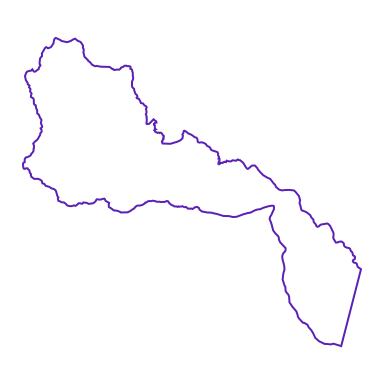 Funes, Nariño, Colombia
{"feature_id": "7082276B86870454083257", "entity_name": "Funes", "entity_type": "district", "adm_level": 2, "iso_a3": "COL", "parent_name": "Colombia", "parent_adm1": "Nariño", "projection": "mercator", "projection_center": [-77.378, 0.9], "detail": "fine", "context": "isolated", "style": "outline", "palette": "violet", "viewbox_px": 384, "rotation_deg": 0, "n_neighbors": 0, "source": "geoboundaries", "source_scale": "gbopen_adm2", "svg_char_len": 5858}
<svg xmlns="http://www.w3.org/2000/svg" viewBox="0 0 384 384"><path d="M23.0,163.9L23.1,166.1L23.6,168.4L24.3,168.9L26.9,168.2L27.6,168.4L28.2,169.4L29.4,170.4L29.9,172.8L31.0,174.1L30.8,175.2L31.3,176.7L34.2,178.9L37.6,178.8L40.1,179.6L41.9,181.1L42.3,183.3L44.3,183.9L45.6,185.8L49.4,186.9L51.7,188.5L53.6,188.9L55.0,189.8L55.9,190.8L57.5,196.4L58.4,197.4L57.8,198.8L58.4,200.8L59.4,201.1L62.0,202.4L63.9,202.4L66.0,204.0L67.1,205.4L69.4,206.1L71.5,206.1L74.2,205.4L75.5,205.9L77.6,204.4L78.4,203.4L79.7,203.2L81.9,203.8L82.3,203.7L83.3,202.5L86.4,202.8L88.9,203.9L93.4,203.2L95.5,201.4L96.4,199.7L97.1,199.2L98.6,199.6L100.8,199.5L104.1,198.6L104.6,198.8L105.6,200.9L109.1,202.8L108.7,204.7L108.9,207.0L111.5,208.6L113.0,209.8L114.2,210.5L116.6,210.6L119.7,211.7L120.9,212.5L127.6,212.3L129.8,211.3L133.6,208.7L134.3,208.5L134.8,207.4L136.7,205.9L138.1,205.5L140.4,205.5L142.6,204.8L145.2,203.1L145.3,202.6L146.7,202.3L147.8,201.4L149.3,201.0L150.8,201.2L152.7,200.7L155.2,201.1L155.9,201.5L157.5,201.8L159.6,201.7L160.5,202.0L164.7,201.9L166.9,201.0L168.2,201.4L169.2,203.1L171.6,205.1L173.3,205.6L174.2,206.4L176.8,206.5L177.6,206.9L178.5,206.4L179.1,206.7L181.5,206.5L182.3,206.2L184.4,207.2L186.0,207.0L188.1,208.7L191.5,208.6L192.6,209.0L195.0,207.3L197.2,206.9L199.0,208.1L199.4,209.5L202.0,211.5L207.4,212.5L212.1,212.7L213.0,213.2L216.3,213.8L223.6,216.0L229.0,216.1L232.8,217.0L236.6,216.8L243.0,214.4L247.5,213.1L250.5,212.6L255.2,210.2L257.5,209.5L260.2,209.2L263.3,207.8L268.7,206.2L271.7,205.7L272.9,205.7L273.9,206.2L274.0,209.0L271.5,214.6L270.0,217.1L269.6,219.0L271.3,223.3L273.2,230.5L275.2,233.2L278.2,236.2L278.7,237.4L279.0,239.8L280.3,242.5L285.6,248.1L285.6,249.9L285.2,251.1L283.0,253.7L282.2,256.5L282.6,259.6L284.2,265.6L284.5,269.6L283.4,273.2L282.6,279.4L284.7,286.0L285.4,286.9L285.6,291.0L286.3,292.2L288.4,294.7L289.1,296.6L289.5,302.4L292.4,306.7L296.3,311.3L297.5,314.6L297.9,316.7L299.1,318.6L303.0,322.8L304.1,322.8L307.5,324.8L308.8,327.5L310.9,329.7L312.9,332.7L315.3,337.9L319.0,341.2L324.8,344.0L326.2,343.9L330.7,344.4L333.5,343.7L341.2,346.1L361.0,269.2L357.7,266.9L356.6,263.5L355.8,263.0L353.7,262.5L352.8,261.3L353.3,259.9L354.8,259.0L355.0,256.9L354.7,256.3L353.0,255.3L352.3,252.3L350.9,251.1L350.0,248.7L348.9,248.0L346.9,247.7L344.9,246.7L344.1,245.7L343.7,243.2L341.9,241.7L341.2,241.5L339.4,241.7L337.3,242.5L335.8,242.5L333.3,238.3L333.6,234.0L333.3,232.5L330.1,225.9L328.3,224.0L327.1,223.5L321.4,224.5L320.4,224.8L319.0,226.3L317.5,226.8L316.3,226.0L315.8,224.4L313.8,222.2L313.3,219.5L311.4,217.5L310.3,215.2L307.3,212.8L305.6,211.8L301.8,210.3L301.3,209.6L300.2,204.8L299.5,203.1L300.1,200.3L298.9,196.0L295.3,191.6L294.0,190.5L292.7,190.3L289.4,189.9L285.8,190.0L281.9,190.4L279.1,189.6L276.1,187.0L275.0,184.6L273.8,183.6L270.2,178.9L267.6,177.8L263.2,175.2L260.0,171.9L257.9,169.3L257.2,168.0L254.9,165.5L252.8,165.5L251.7,165.8L248.2,168.8L247.7,168.9L247.1,168.7L245.8,167.1L243.3,162.9L240.1,160.2L238.8,160.1L238.1,159.5L237.5,159.6L236.2,160.7L232.4,160.3L231.0,161.4L228.5,161.3L226.6,160.7L225.9,162.2L224.4,161.8L223.2,162.6L222.6,162.5L222.2,163.0L220.7,162.8L220.2,163.6L219.2,164.2L218.8,163.4L218.4,163.5L218.4,163.0L218.9,162.3L218.8,161.4L219.5,160.8L219.5,158.7L218.5,158.6L219.0,156.9L218.1,155.5L218.1,153.5L217.4,152.1L212.2,150.4L211.1,149.7L210.6,149.0L210.3,147.8L208.9,146.7L206.9,145.8L206.1,144.3L204.0,143.0L201.8,142.3L199.5,142.6L198.1,142.2L197.7,141.5L197.4,139.0L196.5,137.7L194.4,137.1L193.5,136.2L191.1,134.6L188.3,133.5L186.0,131.5L184.2,130.7L183.7,131.1L183.4,132.9L182.4,134.6L182.9,135.7L182.5,138.2L181.9,139.0L180.0,140.5L177.1,141.8L170.4,143.8L162.5,143.5L161.8,141.6L162.0,141.1L162.6,140.8L162.9,139.5L163.6,138.9L163.2,138.4L163.2,137.5L163.4,136.9L163.7,137.0L163.9,136.4L163.7,135.7L162.7,134.9L161.7,133.2L161.0,132.8L160.1,132.7L159.6,133.0L159.3,132.7L158.0,132.6L157.3,132.9L155.1,131.6L154.8,130.6L154.3,130.3L155.1,129.3L155.7,129.2L154.8,128.4L154.9,125.7L153.9,124.8L154.0,123.7L154.3,123.4L154.7,123.7L155.6,122.5L156.4,122.5L156.2,121.3L155.5,121.1L153.6,119.3L149.3,123.7L147.1,124.1L146.6,123.9L146.4,122.9L146.7,121.8L146.8,119.1L146.5,118.1L146.8,117.1L145.8,114.2L146.3,113.5L146.5,112.2L146.4,110.5L145.9,109.0L146.7,107.6L146.6,107.0L145.8,106.0L144.5,105.5L143.1,103.5L140.9,103.1L140.2,101.1L138.9,98.9L137.3,98.4L136.8,98.0L136.6,97.7L137.4,97.0L137.1,95.4L135.4,93.7L134.3,90.7L134.1,88.9L132.3,87.2L132.0,85.8L132.0,81.7L133.0,79.3L133.2,77.7L132.8,75.8L132.8,73.1L131.9,69.5L130.3,68.7L130.6,67.0L129.9,66.4L129.1,66.1L127.2,66.1L125.9,65.6L124.2,65.9L123.6,66.6L121.1,67.6L120.8,68.3L119.4,69.6L116.5,69.6L114.5,70.0L113.5,69.7L113.0,68.9L112.0,68.8L110.0,67.2L109.0,66.9L100.6,66.7L96.8,65.9L95.7,66.2L94.9,66.2L91.8,64.5L90.7,62.9L89.1,61.4L88.4,61.1L87.6,59.7L86.2,58.6L86.0,58.0L84.9,57.3L84.2,56.0L83.9,53.9L83.3,52.3L83.7,51.0L83.7,49.2L83.0,48.0L82.9,45.4L80.8,42.2L79.4,41.4L78.2,41.1L75.1,38.7L73.6,39.2L70.6,41.0L67.1,42.2L61.6,41.0L60.5,40.1L55.8,37.9L54.8,38.5L54.1,39.9L53.5,43.3L51.3,46.7L50.4,47.4L48.0,48.3L46.5,47.2L45.7,47.3L44.9,48.2L41.9,53.5L42.0,56.1L40.1,58.3L39.7,61.5L39.6,64.1L40.5,65.3L39.0,67.5L38.7,69.0L35.2,71.6L34.4,71.7L33.6,71.3L32.3,69.3L31.0,70.7L29.2,70.9L27.2,71.6L26.3,72.6L25.0,75.9L25.8,80.0L27.6,82.8L27.7,84.2L29.5,85.6L29.0,87.2L30.5,89.1L30.0,91.3L31.6,93.7L31.0,95.3L30.9,96.9L33.4,98.5L33.8,99.8L33.9,103.6L34.5,104.7L35.6,105.2L35.8,105.5L36.1,108.2L37.1,110.1L37.3,113.5L38.8,114.6L40.1,117.9L41.3,119.4L41.4,120.5L40.9,123.0L42.2,126.6L41.9,127.4L40.6,128.3L41.5,129.9L41.7,131.2L41.3,132.2L40.4,133.2L40.0,135.1L38.0,138.7L37.1,139.9L34.8,141.7L33.2,143.6L34.0,145.8L33.9,148.2L33.5,149.0L33.7,150.0L33.5,150.9L32.6,152.5L31.4,153.7L31.1,154.6L30.1,155.8L27.5,157.1L25.7,157.5L24.7,159.3L24.7,162.2L23.5,162.7L23.0,163.9Z" fill="none" stroke="#5b21b6" stroke-width="2"/></svg>